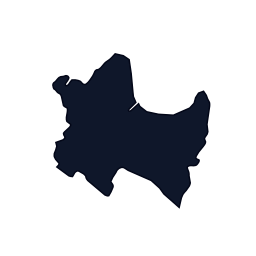 SVG path tracing the border of South Tipperary, rotated 34°
{"feature_id": "IRL-5572", "entity_name": "South Tipperary", "entity_type": "County", "adm_level": 1, "iso_a3": "IRL", "parent_name": "Ireland", "parent_adm1": "", "projection": "mercator", "projection_center": [-7.948, 52.469], "detail": "fine", "context": "isolated", "style": "filled", "palette": "ink", "viewbox_px": 256, "rotation_deg": 34, "n_neighbors": 0, "source": "natural_earth", "source_scale": "10m", "svg_char_len": 2548}
<svg xmlns="http://www.w3.org/2000/svg" viewBox="0 0 256 256"><g transform="rotate(34 128 128)"><path d="M214.8,165.2L194.6,162.6L187.9,160.1L176.6,158.5L151.8,163.0L147.1,163.1L145.8,163.5L144.6,164.3L143.2,166.3L142.7,168.0L142.5,169.5L142.8,171.6L142.9,177.6L143.6,181.7L144.0,182.3L146.8,183.4L147.6,183.9L148.2,184.6L148.6,185.4L148.8,186.4L149.2,188.4L149.6,190.6L149.9,194.9L148.8,195.8L146.4,196.4L124.0,194.0L122.3,193.4L121.1,192.7L119.9,191.5L118.6,191.1L116.8,190.8L111.4,191.2L109.9,191.9L109.1,193.5L108.8,194.8L108.9,196.1L109.1,198.3L109.1,199.3L107.4,200.2L105.8,200.7L90.8,200.1L91.2,197.7L91.1,196.9L90.7,195.8L85.5,194.4L83.0,193.0L82.1,191.9L81.2,190.3L80.4,186.6L79.2,182.9L76.3,180.3L80.7,174.3L81.1,173.1L81.3,171.6L80.8,170.9L80.1,170.3L79.1,169.9L78.3,169.3L77.5,168.4L77.6,166.7L79.2,159.9L79.1,158.1L78.4,157.0L73.7,156.7L72.4,155.6L71.0,153.6L68.8,148.7L67.6,146.6L66.4,145.4L63.2,145.7L61.9,145.4L55.2,139.0L53.8,138.1L52.5,137.7L50.5,137.9L49.4,137.8L47.4,137.2L45.9,136.9L45.2,136.9L45.1,137.0L44.5,136.8L43.6,136.3L41.7,134.4L41.2,133.1L41.2,132.1L41.9,130.0L42.2,127.0L42.4,125.7L42.6,124.8L43.1,123.9L43.6,123.1L45.6,121.4L47.1,119.5L47.5,119.2L48.2,118.9L49.0,118.7L49.8,118.9L50.5,119.2L50.9,119.5L51.0,119.9L51.2,120.4L51.3,121.4L51.4,122.6L51.3,125.6L51.5,126.7L52.1,127.4L53.0,127.6L53.8,126.9L54.4,125.5L54.4,122.1L54.6,119.6L54.8,119.4L57.5,117.6L60.1,116.5L62.1,116.0L63.1,116.1L65.0,116.6L66.0,116.7L66.9,116.6L67.6,116.3L68.0,116.0L68.3,115.7L68.6,115.3L68.9,114.5L69.4,112.6L69.6,110.9L69.7,108.7L69.7,104.6L69.4,102.1L68.9,99.4L69.1,98.2L69.5,97.3L70.8,96.1L71.3,94.8L71.8,93.2L72.4,87.6L72.7,86.1L74.5,81.4L75.1,78.8L75.9,73.7L83.7,70.7L90.7,70.7L100.1,81.0L111.8,95.3L114.9,99.0L120.2,102.4L118.3,111.8L118.5,113.1L119.2,113.4L120.1,113.1L120.7,112.1L123.2,102.0L125.7,103.5L134.4,104.1L145.6,99.6L158.5,92.0L168.0,77.0L169.0,70.5L167.1,65.0L167.0,59.6L170.1,55.3L173.8,56.8L174.7,57.2L177.7,59.4L181.1,61.2L181.7,61.8L182.3,62.5L183.4,64.2L191.4,80.8L196.2,86.4L196.6,87.5L197.0,88.8L197.0,92.8L197.3,94.1L198.3,94.9L200.0,96.1L200.5,97.2L200.7,98.7L200.6,101.5L200.0,108.2L200.2,112.8L200.4,114.0L200.9,114.8L202.0,115.3L204.7,114.8L205.3,115.4L205.6,116.3L205.7,118.4L205.6,119.3L205.5,120.0L205.3,120.6L204.8,121.3L203.5,122.5L201.0,124.0L199.8,125.1L199.3,125.9L199.0,126.7L199.1,127.6L199.9,128.4L203.1,130.7L204.3,132.0L205.3,133.5L210.3,138.7L210.8,140.0L211.2,141.7L211.1,147.2L210.7,150.0L210.6,152.4L211.3,156.0L214.8,165.2Z" fill="#0f172a" stroke="#020617" stroke-width="1.5"/></g></svg>